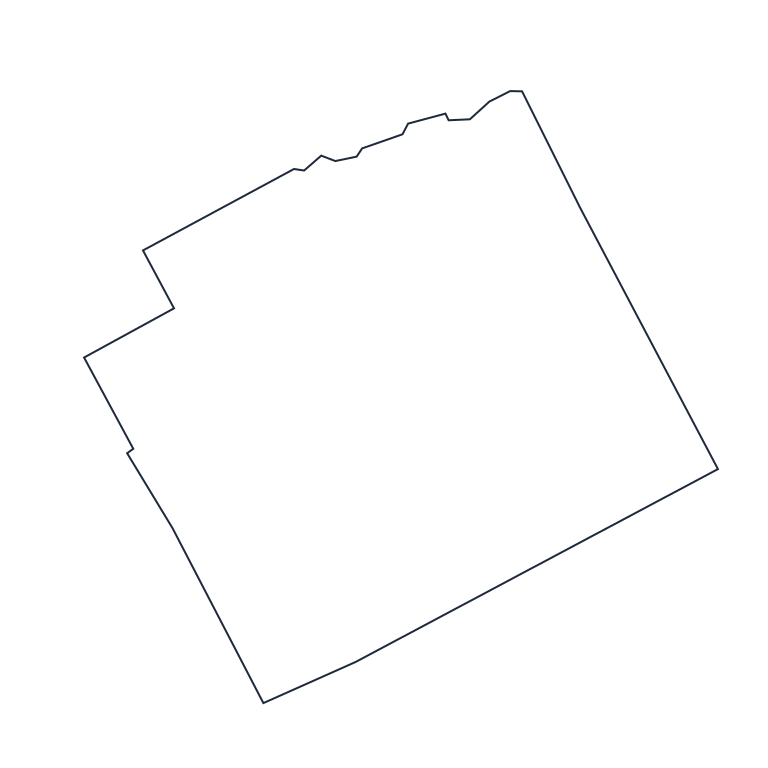 Crowley, Colorado, United States of America, rotated 152°
{"feature_id": "52423323B77951538524866", "entity_name": "Crowley", "entity_type": "district", "adm_level": 2, "iso_a3": "USA", "parent_name": "United States of America", "parent_adm1": "Colorado", "projection": "robinson", "projection_center": [-103.821, 38.318], "detail": "fine", "context": "isolated", "style": "outline", "palette": "slate", "viewbox_px": 768, "rotation_deg": 152, "n_neighbors": 0, "source": "geoboundaries", "source_scale": "gbopen_adm2", "svg_char_len": 466}
<svg xmlns="http://www.w3.org/2000/svg" viewBox="0 0 768 768"><g transform="rotate(152 384 384)"><path d="M124.7,577.6L135.1,583.4L158.3,583.9L183.9,577.4L203.1,586.5L202.8,593.9L240.5,602.6L250.4,595.8L292.7,602.3L301.4,597.6L322.3,603.7L332.2,615.1L354.3,610.0L362.6,616.1L534.1,615.1L533.9,549.4L636.4,548.2L635.8,444.5L643.3,443.5L638.4,356.0L640.3,158.9L539.5,151.9L129.1,152.1L128.1,447.0L124.7,577.6Z" fill="none" stroke="#1e293b" stroke-width="2"/></g></svg>